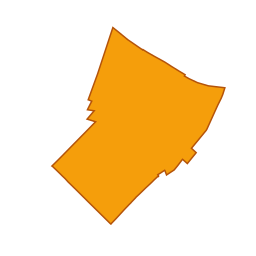 Rast, Dolj, Romania, rotated 215°
{"feature_id": "2599482B92282962106723", "entity_name": "Rast", "entity_type": "district", "adm_level": 2, "iso_a3": "ROU", "parent_name": "Romania", "parent_adm1": "Dolj", "projection": "natural_earth1", "projection_center": [23.283, 43.898], "detail": "fine", "context": "isolated", "style": "filled", "palette": "amber", "viewbox_px": 256, "rotation_deg": 215, "n_neighbors": 0, "source": "geoboundaries", "source_scale": "gbopen_adm2", "svg_char_len": 1427}
<svg xmlns="http://www.w3.org/2000/svg" viewBox="0 0 256 256"><g transform="rotate(215 128 128)"><path d="M168.5,53.2L168.3,53.2L168.0,53.3L167.7,53.3L167.5,53.2L166.9,53.1L164.4,52.7L163.0,52.5L156.9,51.5L154.7,51.1L154.1,51.0L152.0,50.7L150.8,50.5L150.3,50.4L150.1,50.4L149.4,50.2L148.9,50.1L148.4,50.0L146.4,49.5L133.6,47.4L118.7,44.8L88.6,39.7L87.2,39.5L86.9,39.5L86.8,40.6L85.9,46.3L84.2,59.2L83.2,65.8L82.7,68.5L82.7,69.0L81.7,75.6L81.7,76.4L81.5,77.0L80.8,80.3L80.3,82.9L79.1,89.2L77.3,97.7L76.9,100.1L75.8,105.4L75.4,105.5L75.2,105.7L75.2,105.8L75.3,105.9L75.4,106.1L75.5,106.2L75.5,106.3L76.2,106.6L76.8,106.8L76.6,107.4L75.9,108.9L74.4,112.7L73.7,114.4L73.0,114.1L72.2,113.5L70.0,112.0L69.6,111.8L69.5,111.7L68.8,113.4L68.1,115.2L66.2,119.9L66.1,120.2L65.7,125.7L65.4,133.6L64.8,133.6L59.0,132.9L58.0,146.9L64.4,147.8L64.0,152.8L62.6,170.9L62.7,172.3L66.5,192.4L67.6,198.4L68.7,205.8L69.6,209.8L71.7,216.5L72.3,216.2L74.0,215.3L86.4,208.6L97.1,205.0L106.3,203.4L111.6,202.9L111.8,204.4L118.7,203.9L127.4,203.4L135.5,203.1L148.7,201.7L155.4,201.1L160.7,200.8L160.7,200.4L166.5,200.3L178.9,200.2L191.6,201.2L198.0,201.6L183.9,154.8L176.8,128.3L176.1,128.5L173.1,129.2L172.0,121.5L171.7,119.7L168.2,121.4L165.6,122.7L166.2,116.2L166.6,111.8L160.5,113.8L158.1,114.5L158.3,113.5L159.5,106.1L159.9,103.6L161.5,94.1L163.3,83.4L166.2,66.0L167.3,59.7L168.5,53.2Z" fill="#f59e0b" stroke="#b45309" stroke-width="1.5"/></g></svg>